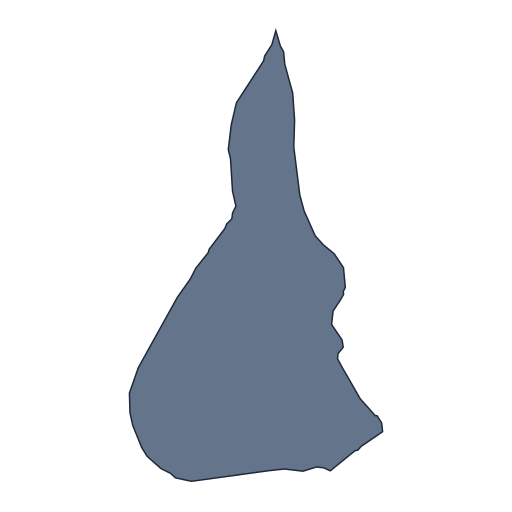 the district of Santa Apolonia, Chimaltenango, Guatemala
{"feature_id": "79465075B14911635135013", "entity_name": "Santa Apolonia", "entity_type": "district", "adm_level": 2, "iso_a3": "GTM", "parent_name": "Guatemala", "parent_adm1": "Chimaltenango", "projection": "mercator", "projection_center": [-90.952, 14.838], "detail": "fine", "context": "isolated", "style": "filled", "palette": "slate", "viewbox_px": 512, "rotation_deg": 0, "n_neighbors": 0, "source": "geoboundaries", "source_scale": "gbopen_adm2", "svg_char_len": 940}
<svg xmlns="http://www.w3.org/2000/svg" viewBox="0 0 512 512"><path d="M382.6,431.7L381.7,423.0L377.0,415.7L375.2,415.6L360.3,398.9L342.6,368.1L337.6,358.9L338.0,353.6L341.3,349.6L343.2,347.2L342.1,340.0L331.6,324.5L333.1,311.0L340.3,300.2L343.6,294.4L343.3,291.4L345.3,287.5L343.5,267.7L334.2,253.8L323.2,244.7L315.2,235.8L304.1,210.9L299.8,194.9L293.8,147.2L294.6,120.1L292.7,93.0L284.8,64.3L283.6,51.9L280.3,45.8L275.8,30.7L271.8,44.8L264.7,55.9L263.6,60.9L236.4,102.8L231.2,125.1L228.3,149.6L230.5,158.6L232.5,191.0L235.9,206.2L232.6,212.9L231.8,218.9L226.7,223.9L224.8,228.6L209.2,249.2L208.1,252.8L195.8,268.2L190.3,279.0L177.3,297.4L138.3,367.7L129.4,393.2L130.0,413.0L132.7,425.2L141.6,447.3L147.0,456.2L161.0,468.6L170.8,473.5L175.3,477.8L191.4,481.3L269.5,470.6L284.5,469.0L303.0,471.2L316.5,467.0L323.7,467.8L330.3,470.8L355.0,450.7L357.8,450.2L361.1,446.4L382.6,431.7Z" fill="#64748b" stroke="#1e293b" stroke-width="1.5"/></svg>